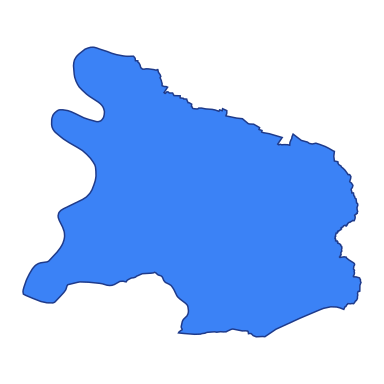 Manorom, Chai Nat, Thailand
{"feature_id": "78962969B59709031749795", "entity_name": "Manorom", "entity_type": "district", "adm_level": 2, "iso_a3": "THA", "parent_name": "Thailand", "parent_adm1": "Chai Nat", "projection": "orthographic", "projection_center": [100.194, 15.331], "detail": "fine", "context": "isolated", "style": "filled", "palette": "blue", "viewbox_px": 384, "rotation_deg": 0, "n_neighbors": 0, "source": "geoboundaries", "source_scale": "gbopen_adm2", "svg_char_len": 5931}
<svg xmlns="http://www.w3.org/2000/svg" viewBox="0 0 384 384"><path d="M282.2,137.5L269.3,133.7L263.5,132.7L261.6,132.1L261.6,131.9L262.0,130.5L259.0,129.5L259.6,127.6L253.7,124.2L249.6,124.0L248.2,123.6L242.4,118.7L236.7,118.1L226.0,115.9L226.0,115.5L226.6,114.0L226.8,113.0L226.8,110.6L222.6,108.7L222.2,110.7L219.6,109.9L218.9,111.3L215.2,110.0L212.3,109.4L205.7,108.9L201.6,108.1L198.7,108.1L198.1,108.7L197.1,109.0L193.3,108.6L192.6,108.3L192.1,106.9L191.4,106.6L191.7,104.2L189.5,102.9L188.7,102.6L188.1,102.7L187.0,100.3L186.7,99.1L183.6,98.9L183.3,98.3L180.2,97.9L180.1,97.5L180.2,95.8L174.0,95.6L172.6,93.0L169.3,93.0L168.1,91.9L166.9,91.8L165.3,93.4L165.0,93.4L164.0,92.6L167.6,87.2L166.4,86.6L164.2,86.5L162.1,85.7L162.1,83.4L161.6,82.0L161.3,80.5L160.1,77.8L160.4,77.1L160.8,76.5L160.1,74.7L158.4,72.2L157.8,69.6L157.2,69.6L156.9,70.1L155.7,70.1L153.9,69.6L148.6,68.9L146.4,68.8L144.8,69.0L144.4,69.2L142.4,69.1L141.7,68.3L140.8,67.7L140.0,64.9L139.0,63.0L137.8,61.9L137.8,60.8L135.4,60.7L135.2,58.6L134.9,57.9L133.5,56.2L127.4,56.3L125.5,56.2L123.2,55.9L116.7,54.7L111.8,53.3L107.2,51.5L99.7,49.1L96.8,48.0L94.2,47.3L93.2,47.2L90.6,47.3L87.8,48.1L85.0,49.2L79.1,53.9L77.3,55.6L76.1,57.1L74.5,59.9L73.8,62.7L73.5,65.8L74.2,74.2L74.7,77.2L76.0,81.1L77.6,84.4L79.3,87.1L82.1,90.0L86.5,94.1L89.4,96.3L98.3,102.1L100.3,103.7L102.0,105.5L103.2,107.4L103.8,109.0L104.4,111.3L104.4,112.5L104.2,114.8L103.7,116.9L103.2,118.0L102.0,119.7L100.7,120.9L98.9,121.5L98.0,121.7L96.4,121.6L88.5,119.4L83.8,117.8L75.7,113.8L71.3,111.8L67.8,110.6L62.8,109.8L59.8,109.8L58.5,110.1L57.4,110.7L56.3,111.5L54.8,112.8L53.7,114.1L52.9,115.3L52.0,118.0L51.7,119.8L51.6,124.4L52.0,126.9L52.9,129.1L54.3,131.2L55.4,132.4L60.8,136.9L63.6,139.1L69.2,142.7L77.9,147.7L82.4,150.5L86.6,154.2L90.4,158.2L93.0,161.8L94.8,164.8L95.5,167.0L95.9,171.2L96.0,176.1L95.6,178.8L95.2,180.9L93.9,184.9L92.0,189.8L90.1,193.0L88.8,194.5L86.4,197.0L82.5,199.5L63.6,208.7L61.0,210.3L60.2,211.1L59.0,212.5L58.6,213.5L58.1,215.8L58.3,217.7L59.3,220.5L62.6,227.1L64.1,231.3L64.4,232.9L64.6,236.1L64.4,237.9L64.0,239.9L62.9,243.2L61.8,245.4L60.2,248.0L57.0,252.2L48.6,261.2L47.0,261.9L40.7,262.8L38.3,263.6L36.1,264.9L34.8,266.0L33.5,267.5L32.3,269.0L29.5,273.7L27.3,278.1L26.3,280.3L24.0,287.0L23.2,289.9L23.0,291.8L23.4,294.1L25.6,295.3L32.7,298.3L40.9,301.5L46.9,302.8L52.9,302.9L54.5,302.3L55.3,301.6L60.5,296.1L63.8,292.5L65.5,290.2L66.0,289.2L67.0,285.9L67.8,284.7L68.2,284.6L77.7,282.3L79.9,281.9L88.6,282.2L99.5,283.3L102.4,283.8L107.0,285.2L109.7,285.5L112.0,285.3L114.4,284.5L119.9,281.4L123.2,281.2L125.4,281.8L126.3,281.8L126.7,280.9L127.4,280.1L129.7,278.8L131.4,278.0L133.8,277.7L135.5,277.1L136.6,276.2L142.3,273.7L150.8,273.2L153.3,272.9L154.6,272.3L155.9,272.9L157.4,274.4L158.3,275.0L160.9,275.8L161.9,276.5L162.6,277.6L163.7,280.3L164.7,281.7L165.6,282.5L168.9,284.1L171.0,285.4L171.9,286.5L173.7,289.2L176.9,295.8L177.7,296.9L179.8,298.9L185.7,303.4L187.0,304.8L187.6,305.7L188.0,307.2L188.4,310.3L188.4,312.0L188.0,313.8L187.0,315.9L183.7,319.1L182.9,320.2L182.3,321.6L181.2,326.6L181.3,327.6L182.1,329.1L182.2,329.7L180.6,330.7L179.0,332.0L178.5,332.9L184.1,333.5L194.7,334.3L200.4,334.1L201.9,333.6L205.0,333.2L206.0,332.7L207.4,332.3L214.5,331.8L216.7,332.2L220.4,331.7L223.5,331.9L226.2,331.8L227.4,331.1L231.1,329.4L232.8,329.0L242.2,330.9L245.6,330.8L247.7,331.1L248.1,331.5L248.5,333.7L249.2,333.5L251.2,333.6L253.2,335.6L256.2,336.8L262.5,336.5L264.9,336.7L276.0,329.2L300.2,318.1L320.3,309.6L323.7,308.3L330.8,306.8L336.6,307.0L340.0,307.9L343.8,309.4L344.9,306.9L345.9,306.5L346.7,304.9L347.4,304.4L347.9,303.6L350.4,303.8L352.0,303.5L353.6,303.7L354.6,302.5L355.6,300.8L356.3,300.6L357.4,298.6L357.5,296.1L357.8,295.1L357.5,293.3L358.1,291.5L358.4,291.3L359.5,291.4L359.8,291.2L359.9,285.3L361.0,282.4L360.5,281.5L360.4,279.5L359.8,278.7L359.6,278.0L359.3,277.8L356.1,276.9L353.7,276.8L353.4,276.6L353.4,275.9L354.0,275.0L354.5,273.0L354.1,271.5L354.5,270.3L354.3,269.9L353.6,269.4L353.5,269.0L353.8,266.3L354.6,264.8L354.5,264.0L354.2,263.4L353.2,262.6L348.9,259.9L346.5,258.0L346.3,257.2L344.1,256.8L339.9,257.5L339.5,257.1L339.5,256.9L340.0,256.5L340.1,256.0L340.7,255.6L340.6,255.0L341.1,254.6L340.8,252.9L341.2,252.0L341.8,251.1L341.5,249.6L341.9,248.2L341.7,247.6L341.9,247.1L341.5,246.2L341.1,246.0L340.7,245.5L340.6,244.6L340.0,244.2L339.4,243.7L337.8,243.2L337.9,242.0L337.2,241.7L337.2,241.0L335.6,240.8L335.7,239.5L335.4,238.7L335.0,238.6L334.9,238.2L335.2,237.8L335.2,236.6L335.7,236.2L335.5,235.8L335.6,234.9L336.0,233.9L336.1,233.1L337.3,233.0L337.8,232.2L337.6,231.6L338.1,231.4L338.2,230.9L338.6,231.0L339.0,230.7L339.3,230.7L339.6,230.3L340.7,229.8L340.8,229.2L341.4,229.0L341.2,227.8L341.7,227.8L341.9,227.3L342.8,227.0L343.5,225.9L344.9,225.3L345.5,225.4L345.9,226.0L346.4,226.0L346.7,225.5L346.8,224.9L347.4,224.7L347.6,223.5L348.2,223.2L348.5,222.8L349.3,222.3L350.0,222.3L350.6,221.7L351.5,221.4L352.9,220.4L353.8,220.8L354.2,220.7L354.8,219.2L355.1,218.1L355.2,216.8L354.7,215.7L354.6,215.2L355.0,214.9L355.6,214.7L356.1,214.2L356.3,213.6L357.2,213.4L357.1,212.6L357.7,211.7L357.1,209.4L357.0,207.6L357.8,205.3L357.7,204.0L357.4,203.4L356.6,203.0L356.1,198.9L355.0,198.1L354.7,197.1L354.6,196.3L353.8,195.7L353.5,193.0L353.3,192.9L351.8,192.9L351.7,191.2L351.1,189.9L351.4,188.8L352.3,187.6L352.9,185.6L352.9,185.3L351.4,183.0L350.1,182.1L349.7,181.5L350.6,178.7L350.9,176.6L349.8,174.8L349.1,174.5L348.4,174.7L347.9,174.5L347.6,173.8L345.0,170.2L343.1,168.3L341.4,167.0L341.0,166.0L338.9,164.7L338.0,163.4L338.0,162.1L337.8,161.7L334.4,161.0L333.8,156.3L334.4,151.4L333.6,151.1L328.6,148.2L325.2,146.5L319.9,144.5L315.9,143.2L312.2,144.0L309.3,143.4L307.5,142.1L301.3,140.4L293.1,134.1L292.0,136.7L291.7,138.8L291.2,139.4L290.0,142.3L289.7,145.2L287.6,144.7L284.1,144.6L281.6,144.8L280.4,144.3L279.6,144.4L279.1,144.8L278.4,144.7L277.7,144.1L282.2,137.5Z" fill="#3b82f6" stroke="#1e3a8a" stroke-width="1.5"/></svg>